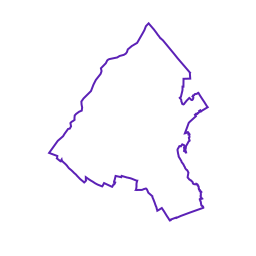 Timisesti, Iasi, Romania, rotated 259°
{"feature_id": "2599482B14800869751050", "entity_name": "Timisesti", "entity_type": "district", "adm_level": 2, "iso_a3": "ROU", "parent_name": "Romania", "parent_adm1": "Iasi", "projection": "orthographic", "projection_center": [26.494, 47.231], "detail": "fine", "context": "isolated", "style": "outline", "palette": "violet", "viewbox_px": 256, "rotation_deg": 259, "n_neighbors": 0, "source": "geoboundaries", "source_scale": "gbopen_adm2", "svg_char_len": 5524}
<svg xmlns="http://www.w3.org/2000/svg" viewBox="0 0 256 256"><g transform="rotate(259 128 128)"><path d="M226.8,168.2L224.5,165.0L221.0,162.8L218.8,161.0L209.8,153.2L207.8,147.5L205.2,142.8L202.8,141.5L201.4,140.0L200.6,137.8L200.3,133.5L199.3,130.9L199.2,122.8L198.9,121.6L198.3,120.5L195.8,118.6L191.8,112.8L189.1,112.9L188.5,112.7L186.3,111.4L181.3,105.6L177.2,102.4L171.3,98.7L165.5,90.0L162.9,87.3L159.9,86.9L156.8,86.9L153.9,85.9L153.3,83.1L151.7,79.7L150.5,78.1L147.8,77.3L146.2,77.1L145.5,75.7L144.8,73.7L143.8,72.4L140.5,72.4L138.5,70.7L138.5,69.0L134.3,64.5L132.3,62.7L128.8,56.6L118.6,45.8L114.0,53.3L112.2,52.7L111.8,52.5L111.7,52.4L108.2,55.4L108.1,55.6L109.2,56.3L109.7,56.8L109.3,56.8L109.0,56.8L107.9,57.2L107.5,57.5L106.0,58.6L105.4,59.1L105.1,59.3L103.7,60.3L103.4,60.4L102.6,61.0L102.4,61.0L102.1,61.1L101.6,61.4L99.8,62.3L97.4,64.3L95.3,65.8L94.6,66.2L92.4,67.9L92.0,68.2L91.2,68.6L87.3,71.1L85.4,72.6L84.5,73.4L82.9,74.6L83.3,75.3L83.8,76.1L84.1,76.4L84.4,76.5L84.6,76.8L85.0,76.7L87.8,77.2L87.3,77.7L86.1,78.8L84.7,80.2L83.2,81.8L82.2,83.0L81.4,83.8L80.1,85.1L78.3,87.3L75.6,91.5L76.0,92.0L78.0,93.6L78.5,94.0L73.4,101.0L73.3,101.3L75.3,102.9L75.1,103.2L75.3,103.7L76.3,104.3L76.2,104.5L76.8,104.9L76.9,104.6L77.2,104.7L77.5,104.0L77.8,104.0L79.2,104.7L79.6,105.0L83.3,106.7L81.0,112.0L82.2,112.6L79.9,117.0L79.6,117.5L79.3,118.4L78.9,119.2L78.4,120.4L77.7,121.7L77.0,122.8L75.5,125.1L74.7,126.4L74.6,126.6L74.5,127.0L73.9,126.7L73.3,126.4L72.3,125.9L70.9,125.5L70.3,125.5L69.6,125.2L68.9,125.2L66.7,124.4L65.9,124.1L65.7,123.9L65.4,124.9L65.3,126.0L65.1,127.2L64.7,128.9L64.6,130.0L64.7,130.7L65.0,131.8L65.1,133.2L65.2,133.9L65.1,134.2L64.7,134.5L64.1,134.8L63.5,135.0L62.1,135.3L60.6,135.6L56.4,138.9L56.0,138.8L55.5,138.8L54.8,138.9L53.1,139.3L49.2,140.0L48.2,140.1L47.0,140.3L46.6,140.4L45.7,140.5L45.2,140.7L44.5,140.8L43.1,140.8L42.2,141.0L41.5,141.0L41.2,141.0L41.6,142.3L43.0,145.9L41.1,146.7L39.2,147.5L34.1,149.4L32.7,150.0L32.3,150.2L31.2,150.6L30.4,150.9L29.2,151.4L29.3,152.1L29.9,152.0L30.9,158.2L30.5,158.3L31.6,163.0L32.9,170.9L33.3,173.4L35.3,186.7L35.7,186.8L36.2,186.7L36.5,186.6L36.9,186.4L37.5,185.9L37.5,185.6L37.8,185.4L38.0,185.3L38.5,185.2L39.2,185.3L39.8,185.2L41.4,185.4L41.8,185.3L42.3,185.1L43.1,185.2L43.8,184.8L44.0,184.8L44.5,184.9L44.6,185.6L44.6,186.3L44.4,186.8L44.5,187.3L45.0,187.0L45.4,186.8L46.1,186.3L46.3,186.5L46.5,186.4L46.8,186.3L47.0,186.2L47.3,186.3L47.9,186.4L48.2,186.6L48.3,186.8L48.9,186.8L49.5,187.0L50.1,186.9L50.5,186.9L50.9,187.0L51.1,187.6L51.2,187.8L51.4,187.7L51.6,187.6L51.7,187.3L51.7,187.2L51.9,187.0L52.0,187.3L52.5,187.0L52.8,186.6L52.9,186.4L53.1,186.4L53.5,186.6L53.8,186.2L54.1,185.9L54.9,186.1L55.0,186.1L55.2,185.9L55.5,185.9L56.4,186.1L56.6,186.2L57.1,186.0L57.5,185.8L57.8,185.9L58.2,185.5L58.5,185.6L58.8,185.4L59.0,185.4L59.2,185.5L59.6,185.2L60.2,184.4L59.7,184.1L60.2,182.3L60.7,181.5L61.0,181.3L61.4,181.1L62.2,181.2L62.6,181.1L63.3,180.6L64.0,180.2L64.3,180.1L64.4,179.7L64.6,179.5L65.3,179.0L65.4,178.8L65.5,178.6L66.0,178.2L67.0,177.8L67.8,177.2L68.1,177.1L68.5,177.2L72.7,178.8L73.0,178.7L73.5,178.5L73.9,178.5L75.1,178.1L75.5,177.9L75.6,177.7L76.1,177.2L77.6,176.5L78.0,176.4L78.3,176.4L78.7,176.3L79.0,176.2L79.3,176.2L79.8,175.9L81.6,175.5L81.9,175.4L82.1,175.2L82.7,175.0L83.3,174.7L83.9,174.3L84.7,174.1L84.8,174.1L85.2,174.1L85.8,173.9L88.1,173.1L90.2,172.3L90.6,172.3L91.2,172.4L92.7,172.3L93.1,172.3L94.0,172.3L97.1,172.4L98.0,172.9L99.3,174.1L100.1,174.7L100.4,175.0L100.3,175.7L100.0,176.1L99.9,176.4L100.6,177.1L101.6,178.1L101.5,178.4L101.2,178.6L100.4,179.8L98.3,180.0L98.2,179.9L98.2,179.6L98.1,179.3L97.9,179.3L97.6,179.3L97.2,179.2L96.3,179.2L96.1,179.2L95.9,179.2L95.5,178.9L95.0,178.9L94.9,178.7L94.7,178.6L94.5,178.8L94.5,179.2L94.3,179.5L94.1,179.6L93.6,179.8L92.9,180.0L92.9,180.4L93.2,180.4L94.1,180.3L95.5,180.1L95.9,180.2L96.7,180.7L98.9,181.4L99.4,181.7L101.2,183.3L103.4,185.1L103.4,185.4L103.6,185.9L103.8,186.1L106.0,185.9L106.6,185.9L106.8,185.9L107.0,186.3L107.3,186.6L107.6,186.7L108.4,186.7L109.4,186.8L109.7,186.9L110.0,187.2L110.4,187.1L110.6,186.9L110.5,186.6L110.6,186.4L110.5,186.1L111.0,186.1L111.4,186.6L111.6,186.5L112.4,186.1L112.6,186.0L112.6,185.8L112.0,184.0L111.9,183.2L111.9,182.8L117.6,186.3L119.1,187.2L121.3,188.5L121.6,188.8L122.1,189.5L122.6,190.3L126.6,196.9L128.2,196.2L128.7,197.0L128.1,197.2L129.2,198.8L128.8,199.0L130.3,201.4L131.1,201.1L131.6,202.3L130.3,202.8L130.6,203.4L131.0,204.1L131.6,205.8L133.2,210.2L134.6,209.5L138.8,207.9L142.1,206.5L146.3,204.8L149.1,203.8L149.2,203.7L148.8,202.8L148.5,202.4L148.4,202.1L148.4,201.7L148.5,201.1L148.5,200.1L148.3,199.8L147.8,199.4L147.6,199.2L147.6,198.7L147.6,198.2L146.8,197.5L146.7,197.7L146.6,197.8L146.3,197.7L145.7,198.0L144.9,197.8L144.0,197.3L143.4,196.7L143.2,196.3L143.2,196.2L143.3,195.9L143.4,195.7L143.6,195.4L144.2,195.1L144.5,194.9L144.9,194.6L145.8,193.9L143.5,190.6L142.2,189.1L141.4,188.1L140.9,187.7L140.7,187.3L140.6,187.0L140.7,186.9L140.9,186.3L141.1,186.1L141.4,185.8L141.6,185.8L142.2,185.8L142.7,185.7L143.4,185.6L144.2,185.4L144.8,185.6L145.4,185.6L145.8,185.6L146.2,185.4L146.7,185.1L147.1,184.9L147.4,184.6L147.7,184.5L148.5,185.9L149.9,186.5L154.0,188.4L155.1,188.8L158.2,189.4L158.0,190.3L165.7,191.9L164.6,198.5L170.2,199.2L170.4,199.2L170.5,199.4L187.0,190.0L191.4,187.7L192.7,187.0L206.5,179.5L207.4,179.0L208.7,178.0L209.7,177.3L209.7,177.1L209.8,177.0L209.9,176.9L212.6,175.7L213.6,175.1L215.9,174.1L219.8,172.2L226.8,168.2Z" fill="none" stroke="#5b21b6" stroke-width="2"/></g></svg>